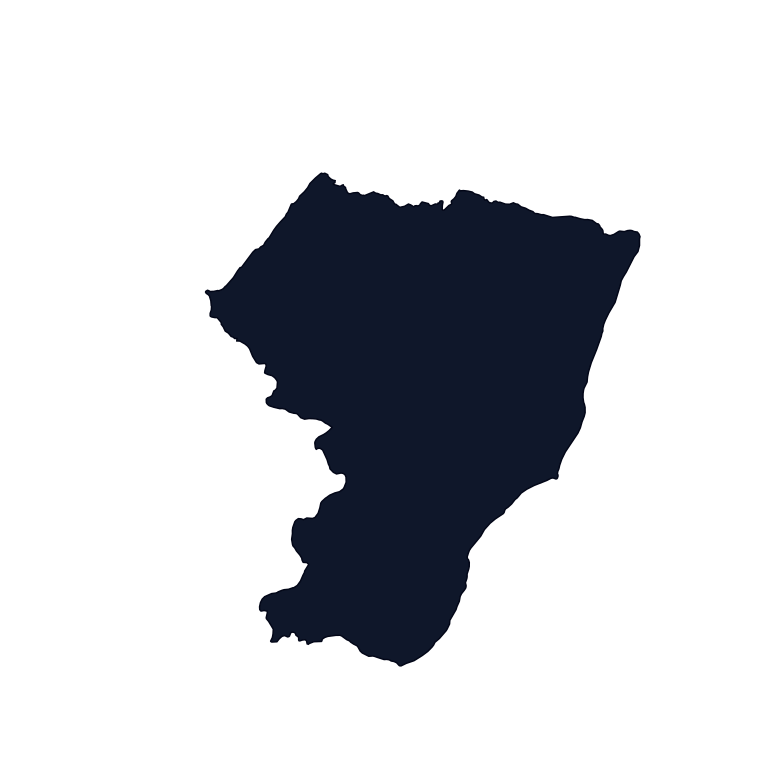 the district of Nakfa, Semenawi Keyih Bahri, Eritrea, rotated 37°
{"feature_id": "51966322B11242853993597", "entity_name": "Nakfa", "entity_type": "district", "adm_level": 2, "iso_a3": "ERI", "parent_name": "Eritrea", "parent_adm1": "Semenawi Keyih Bahri", "projection": "natural_earth1", "projection_center": [38.262, 16.728], "detail": "fine", "context": "isolated", "style": "filled", "palette": "ink", "viewbox_px": 768, "rotation_deg": 37, "n_neighbors": 0, "source": "geoboundaries", "source_scale": "gbopen_adm2", "svg_char_len": 6170}
<svg xmlns="http://www.w3.org/2000/svg" viewBox="0 0 768 768"><g transform="rotate(37 384 384)"><path d="M204.5,309.8L203.7,317.0L203.3,322.8L203.4,327.6L204.3,336.3L203.9,337.9L203.8,342.2L204.4,345.7L203.0,348.8L202.8,351.4L200.5,354.0L199.9,357.7L200.0,376.6L199.0,377.7L199.0,381.8L199.7,389.6L198.9,400.6L198.5,401.6L198.3,404.5L197.7,406.1L195.9,409.1L195.1,409.3L192.3,412.5L189.3,414.9L188.0,414.9L186.6,415.4L185.9,417.3L186.2,418.0L187.6,418.6L189.4,418.4L191.5,418.7L195.6,421.7L198.8,425.3L199.7,425.9L201.6,428.9L202.6,432.1L203.9,433.9L204.6,434.4L205.9,434.2L208.9,432.8L210.9,431.4L217.1,432.9L218.2,434.3L221.2,435.1L225.4,437.3L229.1,437.0L233.3,438.0L235.1,437.4L237.4,437.5L239.2,436.1L240.5,438.2L243.0,436.5L248.7,435.7L252.2,435.8L255.4,436.7L262.4,440.9L269.3,443.6L272.1,443.2L276.0,439.7L277.0,439.2L277.7,439.3L279.1,440.5L280.8,444.9L281.8,446.7L282.4,447.0L285.6,446.3L289.6,444.7L292.9,444.7L296.3,445.6L297.7,446.5L301.0,451.7L300.9,454.3L300.2,455.9L301.6,460.6L300.9,462.7L299.3,465.2L299.1,467.0L301.1,469.5L302.2,470.1L304.0,470.4L305.5,470.4L309.9,468.9L315.6,466.4L317.5,464.8L320.3,463.5L325.1,463.4L329.4,461.7L331.8,460.3L333.1,460.1L337.8,461.0L341.7,459.9L344.9,456.7L348.5,454.2L351.1,452.6L354.0,451.6L355.4,450.8L357.2,450.5L360.8,450.5L363.0,450.0L368.4,449.8L368.7,450.0L368.1,454.5L367.3,457.7L366.2,460.7L363.8,465.4L363.2,468.9L363.6,471.4L364.2,472.7L367.1,475.8L368.5,476.8L369.3,476.8L369.8,475.3L371.6,473.8L374.7,473.6L384.0,478.6L387.9,481.5L389.8,482.4L392.0,484.3L396.7,485.0L400.2,484.4L403.3,480.9L405.2,480.0L407.3,479.9L409.6,481.1L412.9,485.2L414.4,490.5L414.6,492.4L413.3,496.8L410.3,500.6L407.6,505.4L405.9,510.8L405.1,515.2L405.2,517.1L407.3,521.5L409.2,526.9L409.2,532.2L407.8,534.4L403.0,537.5L401.4,540.8L398.9,541.6L396.6,543.1L395.7,546.1L395.7,547.7L397.5,553.4L398.9,556.0L401.0,558.7L403.7,563.6L407.6,567.3L408.8,568.1L411.3,568.6L414.5,570.0L419.7,571.2L423.0,572.5L424.5,573.9L426.5,575.0L427.1,574.9L429.8,573.1L431.8,573.2L432.5,573.8L433.2,581.1L433.9,582.4L434.4,585.5L435.9,591.7L436.0,597.1L434.5,601.1L434.0,601.4L431.3,605.4L428.1,608.3L426.8,610.0L424.5,613.8L424.3,614.7L423.3,616.2L420.4,619.0L416.7,625.6L416.2,629.1L416.9,632.9L418.7,636.8L420.5,638.9L422.0,639.4L422.7,639.1L424.5,637.1L427.3,635.7L428.5,636.9L430.5,641.4L431.3,642.2L434.7,643.0L443.1,646.4L445.8,650.4L447.4,653.6L448.2,657.5L448.6,657.8L449.7,657.6L453.6,654.3L453.7,650.4L454.3,647.3L454.8,646.3L456.1,644.7L459.2,644.0L460.0,643.1L460.2,642.2L459.3,639.1L459.5,638.0L460.3,637.2L461.5,636.5L463.1,636.4L464.9,637.6L467.7,637.6L468.6,638.1L469.9,639.8L470.6,640.2L471.4,639.8L472.9,637.6L475.0,635.6L476.8,635.8L479.0,637.8L480.2,637.4L480.5,636.2L483.0,632.1L488.9,627.3L489.0,626.4L488.3,625.4L488.5,624.0L489.3,621.9L491.0,619.4L496.8,613.7L500.0,611.2L501.7,610.7L508.1,610.6L511.0,609.9L512.7,610.2L516.2,610.0L519.9,609.3L521.5,609.7L525.7,611.6L528.5,611.9L535.7,610.6L538.9,607.8L549.9,604.0L551.9,602.3L554.2,601.1L556.4,600.9L559.0,599.6L561.8,599.0L565.5,599.7L566.4,599.5L567.3,598.8L569.9,593.7L574.5,586.9L578.0,577.7L579.9,571.2L580.7,565.1L580.7,562.6L580.1,559.6L581.4,554.0L582.1,543.6L581.9,541.7L580.8,536.2L578.8,533.1L577.3,520.9L576.2,517.8L574.9,512.2L572.7,507.9L572.1,504.8L572.2,500.5L572.1,498.1L571.6,496.7L570.7,495.4L568.6,493.7L567.3,489.7L566.5,488.1L564.7,485.7L563.0,480.8L561.9,478.5L559.5,475.2L557.3,473.6L555.9,473.3L554.5,472.1L553.1,468.2L552.3,465.5L552.1,462.8L552.8,447.3L551.8,439.8L552.5,431.4L554.1,424.7L557.3,415.6L557.2,414.2L556.4,412.1L556.2,410.7L557.2,407.8L558.1,403.0L558.2,397.3L558.9,394.8L559.2,388.5L561.3,382.2L565.0,374.6L572.1,363.0L574.1,358.8L575.5,357.3L578.4,356.4L579.0,355.8L579.1,354.8L578.4,352.8L577.6,351.9L576.4,351.2L575.4,349.2L574.7,346.5L573.2,343.2L571.2,337.0L569.7,329.1L568.4,306.5L567.2,300.9L564.9,295.0L563.4,289.5L561.9,285.9L558.6,281.6L556.2,279.6L554.5,278.5L551.2,275.2L548.7,271.8L547.0,268.7L546.3,267.0L545.0,260.2L542.2,255.7L540.0,251.2L536.7,242.2L533.1,228.7L528.9,215.3L527.6,212.6L526.9,210.0L525.3,208.0L523.5,204.0L522.3,199.7L520.8,192.0L519.4,179.7L513.2,162.9L511.3,158.7L510.6,154.3L510.1,148.7L507.1,131.8L507.1,125.4L504.7,119.6L500.7,114.3L499.8,112.3L497.4,110.8L494.9,110.2L492.0,111.7L489.6,112.3L488.0,113.2L486.2,114.9L484.2,117.7L480.3,120.0L479.6,121.0L477.6,126.2L475.5,129.2L473.9,130.1L470.9,130.8L469.3,132.0L468.6,132.0L466.6,129.9L465.4,129.2L462.0,128.5L460.8,127.7L458.9,127.2L457.1,128.0L451.9,128.0L447.7,130.1L445.3,132.0L441.1,134.0L436.3,135.8L434.7,137.0L434.6,136.7L432.8,137.3L431.4,138.2L418.3,149.6L409.6,152.7L407.8,154.1L404.4,155.4L401.7,157.1L399.2,156.7L395.2,157.9L391.3,158.4L386.9,160.0L382.6,159.9L380.8,160.9L378.3,161.4L376.1,164.9L372.8,167.2L367.2,169.0L365.7,170.3L363.3,170.5L361.9,172.1L361.6,174.4L359.4,175.6L358.1,175.7L355.4,174.9L354.8,175.1L354.4,176.1L353.6,176.3L352.6,176.1L351.2,174.9L349.6,175.7L346.2,175.9L341.8,177.6L339.0,177.6L335.1,179.3L331.1,181.7L328.7,183.8L327.7,183.7L327.5,184.1L327.5,187.8L328.5,191.0L328.4,194.0L327.7,197.0L328.0,197.9L329.5,199.2L329.7,199.8L328.4,202.4L327.5,208.2L327.0,209.3L326.2,209.8L325.3,209.4L323.1,206.2L321.6,203.2L320.8,202.7L320.0,202.9L318.7,204.1L319.1,206.3L318.3,206.9L318.6,208.1L316.6,209.4L314.5,213.2L312.8,213.9L310.9,213.2L304.9,215.7L304.6,218.1L304.9,219.7L303.9,221.5L302.9,221.8L301.5,223.0L301.3,224.2L300.8,224.6L297.5,224.9L295.2,225.6L293.5,229.7L290.3,233.4L285.3,233.3L284.2,233.9L280.8,232.4L276.5,232.7L273.9,231.6L272.8,231.9L272.4,232.6L270.8,233.6L269.2,233.6L267.5,234.9L264.4,235.6L262.5,236.6L260.1,236.8L255.1,245.2L254.0,245.6L253.4,246.3L251.1,247.1L248.7,246.7L247.6,247.0L244.3,250.0L242.4,252.5L241.0,253.2L239.4,253.0L236.2,251.3L234.9,250.2L232.6,250.2L231.6,249.5L231.0,250.2L230.1,252.4L229.5,252.8L223.6,255.0L222.9,254.5L223.6,252.7L222.6,251.0L220.5,251.9L218.0,252.3L214.6,251.9L213.0,250.7L209.9,251.3L208.7,252.8L207.2,253.3L206.8,254.1L205.3,260.7L204.2,268.4L204.9,273.2L204.7,278.4L203.6,284.8L204.3,287.5L204.2,291.0L203.4,294.3L201.9,295.8L201.8,296.3L203.9,304.6L203.8,307.1L204.5,309.8Z" fill="#0f172a" stroke="#020617" stroke-width="1.5"/></g></svg>